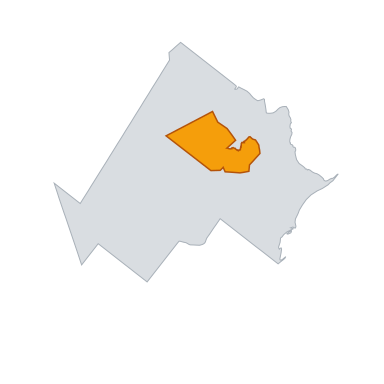 Tagant highlighted on a map of Mauritania, rotated 218°
{"feature_id": "MRT-2798", "entity_name": "Tagant", "entity_type": "Region", "adm_level": 1, "iso_a3": "MRT", "parent_name": "Mauritania", "parent_adm1": "", "projection": "mercator", "projection_center": [-11.398, 18.406], "detail": "fine", "context": "in_parent", "style": "filled", "palette": "amber", "viewbox_px": 384, "rotation_deg": 218, "n_neighbors": 0, "source": "natural_earth", "source_scale": "10m", "svg_char_len": 4229}
<svg xmlns="http://www.w3.org/2000/svg" viewBox="0 0 384 384"><g transform="rotate(218 192 192)"><path d="M167.1,316.2L166.7,316.0L164.7,314.6L163.8,313.0L162.2,311.7L160.0,310.9L158.6,309.9L158.0,308.9L157.2,308.2L156.3,307.8L156.3,307.4L156.5,306.9L156.3,305.9L155.0,303.7L153.8,302.7L152.8,302.9L152.2,302.6L151.9,302.1L151.7,301.4L151.1,300.8L149.9,300.6L148.9,299.0L148.2,296.0L147.2,293.7L146.1,292.0L145.3,291.4L144.6,291.3L144.4,291.0L144.3,290.5L143.4,290.4L142.1,290.9L141.0,290.7L140.4,289.9L139.6,289.8L138.6,290.5L137.5,290.3L136.3,289.2L135.7,288.2L135.6,287.1L133.5,285.0L129.5,281.9L125.2,280.4L120.4,280.6L117.8,280.5L117.2,280.0L116.6,280.0L116.1,280.6L115.4,280.7L114.8,280.4L114.4,280.6L114.2,281.4L112.6,281.9L109.4,281.9L106.9,282.4L104.9,283.3L102.2,283.7L98.6,283.6L96.5,283.3L95.7,282.7L94.7,282.5L93.4,282.9L92.2,284.4L91.2,287.2L90.3,288.8L89.6,289.2L88.9,291.3L88.5,294.8L87.9,296.3L87.9,287.6L88.9,284.3L89.2,281.5L91.4,275.2L94.0,270.0L96.4,263.1L97.3,256.4L97.0,249.8L96.3,244.0L95.1,240.1L93.9,234.5L92.2,231.6L89.0,229.0L88.3,227.4L89.0,226.9L90.9,226.5L92.2,224.5L89.6,225.3L92.6,219.0L93.5,214.8L93.4,212.0L93.9,210.3L91.6,206.6L89.9,201.9L88.9,201.1L88.0,200.7L87.9,201.8L87.4,202.8L86.3,202.2L84.3,198.8L81.5,193.2L80.6,192.7L79.8,193.4L79.3,194.2L78.3,198.8L78.0,197.0L78.4,194.8L79.1,192.1L79.9,188.4L82.3,188.4L86.6,188.4L95.1,188.4L99.4,188.4L107.9,188.3L112.2,188.3L120.7,188.3L125.0,188.3L133.5,188.3L137.8,188.3L146.3,188.3L150.6,188.3L153.4,188.3L153.2,185.6L153.1,183.5L152.9,180.7L152.8,177.9L152.6,175.0L152.4,172.4L152.2,169.7L152.1,167.2L152.0,165.0L151.7,163.7L150.8,161.1L150.6,159.8L150.9,158.4L151.5,157.1L153.1,154.8L155.6,153.0L158.6,150.9L160.8,149.3L161.9,148.9L165.4,148.4L168.1,147.1L170.8,146.0L171.9,145.3L172.0,143.1L172.0,93.5L185.2,93.5L188.7,93.5L213.0,93.5L216.4,93.5L234.1,93.5L234.1,91.1L234.1,87.7L234.1,83.1L234.1,78.4L234.1,70.1L234.1,66.6L237.6,68.9L244.6,73.6L248.1,75.9L255.1,80.5L262.1,85.1L269.1,89.7L272.6,92.0L276.1,94.3L279.6,96.5L283.1,98.8L290.1,103.4L293.0,105.3L297.5,108.4L301.7,111.2L306.0,114.1L299.4,114.1L290.7,114.1L284.8,114.1L278.7,114.1L273.0,114.1L273.5,118.8L274.0,123.9L274.5,129.0L275.1,134.1L275.6,139.1L277.2,154.3L277.7,159.3L278.2,164.3L278.8,169.3L279.3,174.3L280.4,184.3L280.9,189.3L281.4,194.2L282.0,199.2L282.5,204.1L283.0,209.1L284.1,218.9L284.6,223.8L285.1,228.7L285.7,233.6L286.2,238.5L286.7,243.4L287.3,248.3L287.8,253.2L288.8,262.9L289.4,267.8L289.9,272.6L290.4,277.4L290.9,282.1L293.2,284.6L296.0,287.7L295.1,292.0L294.2,297.2L293.1,302.9L285.4,302.9L277.8,302.9L258.8,302.9L255.0,302.9L236.0,302.9L232.2,302.9L224.9,302.9L222.7,302.8L221.9,302.3L221.7,299.4L221.0,299.6L220.2,300.5L219.8,301.4L220.0,302.6L219.9,303.6L217.4,304.0L214.1,304.7L210.7,305.3L207.2,305.1L206.0,304.8L204.7,304.5L201.9,304.0L200.4,304.0L198.6,304.1L196.6,304.3L195.9,304.9L194.4,307.0L192.9,309.6L191.9,309.6L190.8,308.2L187.8,305.6L184.1,302.1L182.5,300.4L181.6,300.2L179.8,301.4L178.4,302.6L176.8,304.3L176.1,305.9L175.5,307.8L175.3,310.0L174.7,312.6L173.4,314.7L171.9,316.2L170.8,317.0L170.4,317.4L167.1,316.2ZM90.9,220.6L89.7,222.6L89.2,221.8L89.0,220.6L90.0,218.8L90.5,217.8L91.5,217.5L90.9,220.6Z" fill="#d9dde1" stroke="#a8b0b8" stroke-width="1"/><path d="M182.6,230.6L182.6,229.9L183.1,226.5L183.4,226.2L190.3,220.5L190.7,220.5L247.0,220.3L225.4,268.1L214.9,263.0L214.7,262.9L203.4,263.6L195.4,261.4L189.5,259.6L191.5,248.1L190.9,248.5L190.4,248.5L189.0,249.1L188.4,249.5L187.8,250.2L187.3,250.6L187.8,251.1L187.2,251.9L187.0,252.3L186.5,252.3L185.4,252.6L184.9,253.0L184.5,252.9L184.3,252.7L184.1,252.8L183.6,252.7L182.4,252.7L181.9,252.7L181.8,253.3L180.7,253.2L180.7,254.2L180.1,254.5L179.9,255.1L180.3,255.5L180.8,256.5L181.5,257.8L181.1,257.8L181.7,258.8L181.8,259.0L182.5,259.8L182.8,260.2L183.0,260.6L182.9,260.9L183.2,261.4L183.1,262.0L182.5,262.1L181.9,262.5L181.4,262.9L182.1,263.1L182.2,263.8L181.5,264.1L181.8,265.2L181.3,266.3L181.1,269.0L181.1,270.3L180.3,271.3L176.9,271.0L174.0,272.1L171.3,271.2L168.3,270.1L166.6,268.4L164.7,266.8L162.2,264.2L162.7,257.5L162.9,254.3L163.4,248.8L159.9,243.3L163.8,238.9L166.0,236.6L174.4,231.0L178.3,228.3L182.6,230.6Z" fill="#f59e0b" stroke="#b45309" stroke-width="1.5"/></g></svg>